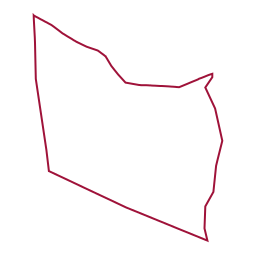 the district of Al Wihda, Southern Darfur, Sudan
{"feature_id": "16777658B17164908055521", "entity_name": "Al Wihda", "entity_type": "district", "adm_level": 2, "iso_a3": "SDN", "parent_name": "Sudan", "parent_adm1": "Southern Darfur", "projection": "natural_earth1", "projection_center": [24.982, 12.873], "detail": "fine", "context": "isolated", "style": "outline", "palette": "rose", "viewbox_px": 256, "rotation_deg": 0, "n_neighbors": 0, "source": "geoboundaries", "source_scale": "gbopen_adm2", "svg_char_len": 1738}
<svg xmlns="http://www.w3.org/2000/svg" viewBox="0 0 256 256"><path d="M107.2,59.0L105.7,56.6L105.6,56.3L105.3,56.2L104.7,55.7L103.5,54.7L103.4,54.7L102.8,54.2L102.4,53.9L102.1,53.7L101.9,53.6L101.7,53.4L101.1,53.0L101.0,52.9L100.1,52.2L99.4,51.7L98.2,50.8L97.8,50.6L97.7,50.5L97.4,50.4L97.1,50.3L96.8,50.2L95.1,49.6L93.3,49.0L92.1,48.6L86.6,46.7L81.6,44.3L80.8,43.9L77.5,42.3L77.4,42.3L77.0,42.0L76.8,42.0L76.6,41.9L74.5,40.6L73.8,40.3L71.9,39.0L67.3,36.3L63.5,33.9L62.7,33.5L58.7,30.4L56.7,28.9L53.4,26.4L53.2,26.3L52.0,25.4L51.7,25.2L51.4,25.0L51.1,24.8L50.9,24.7L50.7,24.6L49.2,23.8L48.8,23.6L46.7,22.4L45.4,21.8L43.8,20.9L41.8,19.8L41.3,19.6L39.3,18.5L37.9,17.7L35.9,16.7L34.2,15.7L33.9,15.6L33.7,15.4L33.8,18.9L34.8,37.6L35.0,42.8L35.8,78.9L46.4,150.0L48.9,171.1L68.5,180.3L83.9,187.6L126.2,207.5L153.2,218.5L177.4,228.4L207.4,240.6L204.5,228.4L205.3,206.4L213.4,191.9L216.1,165.8L217.6,159.6L222.3,140.8L217.5,119.2L215.1,108.5L205.3,87.5L212.3,77.2L212.3,73.8L210.4,74.4L209.9,74.6L209.5,74.7L209.0,74.9L208.4,75.1L206.2,76.0L205.0,76.5L204.3,76.8L204.0,76.9L201.5,77.9L200.0,78.4L198.9,78.8L198.5,79.1L198.2,79.3L197.8,79.5L197.7,79.5L197.4,79.6L197.2,79.7L196.9,79.9L196.3,80.1L195.4,80.5L194.1,81.0L191.4,82.1L190.2,82.6L187.4,83.8L180.6,86.6L179.3,87.1L179.1,87.2L177.8,87.1L176.1,87.0L175.8,86.9L174.3,86.8L173.1,86.7L172.6,86.7L167.5,86.3L167.2,86.3L161.8,86.0L160.2,86.0L155.2,85.7L152.6,85.6L151.1,85.5L150.6,85.4L150.3,85.4L149.4,85.4L148.2,85.3L146.0,85.2L145.2,85.2L143.1,85.2L142.4,85.2L141.4,85.2L141.1,85.2L140.8,85.1L140.7,85.1L140.3,85.1L139.9,85.0L139.4,85.0L139.1,85.0L125.5,82.6L118.5,74.9L118.3,74.7L114.2,69.6L111.3,65.9L107.4,59.4L107.3,59.2L107.2,59.0Z" fill="none" stroke="#9f1239" stroke-width="2"/></svg>